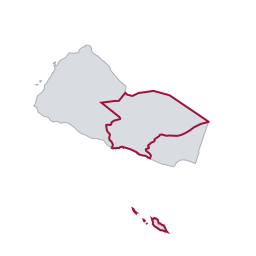 Yemen, with Hadramawt highlighted, rotated 42°
{"feature_id": "YEM-3497", "entity_name": "Hadramawt", "entity_type": "Governorate", "adm_level": 1, "iso_a3": "YEM", "parent_name": "Yemen", "parent_adm1": "", "projection": "orthographic", "projection_center": [51.058, 15.554], "detail": "medium", "context": "in_parent", "style": "outline", "palette": "rose", "viewbox_px": 256, "rotation_deg": 42, "n_neighbors": 0, "source": "natural_earth", "source_scale": "10m", "svg_char_len": 4527}
<svg xmlns="http://www.w3.org/2000/svg" viewBox="0 0 256 256"><g transform="rotate(42 128 128)"><path d="M201.9,109.3L193.7,112.4L191.6,113.7L189.6,115.4L188.1,117.5L187.1,121.2L187.9,124.5L187.8,126.3L185.7,127.5L183.7,128.4L181.5,129.7L180.2,130.0L179.1,131.1L177.8,131.8L173.1,133.7L168.1,135.2L160.0,136.9L156.9,138.8L154.1,140.1L149.8,140.4L143.9,142.2L140.6,143.6L136.5,146.0L135.6,146.7L134.8,148.4L133.6,149.9L131.1,152.3L129.2,153.6L128.0,153.6L125.6,154.3L122.8,154.4L118.0,153.4L116.8,154.0L115.8,155.0L112.1,156.6L108.3,159.9L105.5,160.7L101.1,161.7L98.0,163.0L95.9,163.6L93.2,163.8L88.3,163.5L83.6,163.9L79.2,164.8L77.1,166.5L74.8,169.3L70.9,170.4L70.0,171.4L68.8,173.4L66.3,173.9L64.1,174.2L61.8,173.2L57.5,175.6L55.8,176.0L53.4,176.0L51.6,176.4L50.4,176.3L48.8,175.2L45.5,173.9L43.1,174.6L43.0,172.2L39.2,164.8L40.2,158.4L40.2,157.5L39.5,154.7L37.2,152.0L37.4,148.7L36.7,146.3L36.2,143.9L36.4,143.3L36.4,142.7L35.4,138.9L35.0,138.1L34.9,137.3L35.3,136.8L35.3,136.1L34.7,134.9L34.1,132.7L30.9,130.9L31.7,129.3L32.3,129.9L33.1,130.4L33.3,129.4L33.3,128.6L32.2,123.7L34.4,117.4L34.0,111.5L37.1,109.3L37.9,108.6L38.4,108.0L39.2,106.7L40.1,106.4L40.5,105.0L40.5,104.3L39.9,103.7L39.5,102.0L39.8,100.0L40.0,99.1L40.4,97.6L41.4,97.0L41.7,96.6L40.9,95.5L41.0,94.9L42.9,93.4L43.6,92.9L44.8,92.4L45.7,92.4L46.7,92.8L47.7,93.3L48.5,94.1L49.5,95.1L50.9,95.6L51.9,95.5L52.7,96.0L53.4,95.7L54.2,95.3L55.5,95.3L56.6,94.8L59.9,94.7L63.0,94.9L66.2,94.6L69.5,94.7L72.7,94.8L73.4,94.9L74.1,95.2L76.8,96.8L78.9,97.1L83.1,97.6L87.6,98.2L91.5,98.6L94.8,98.4L97.5,98.1L98.3,98.2L99.1,99.1L100.7,101.4L102.2,103.6L104.9,103.8L106.7,103.0L108.6,101.9L109.8,101.0L111.3,97.6L112.2,95.3L114.2,92.8L116.0,90.7L118.3,88.0L119.5,86.4L122.0,83.4L124.3,82.2L128.9,80.0L133.3,77.7L136.2,76.3L138.6,75.6L142.7,75.1L147.5,74.5L152.3,73.8L157.4,73.1L163.1,72.3L167.0,71.7L172.0,71.0L176.2,70.4L179.8,69.9L183.6,69.4L184.4,71.1L185.1,72.8L185.8,74.5L186.5,76.2L187.3,77.9L188.0,79.6L188.7,81.3L189.4,83.0L190.2,84.7L190.9,86.3L191.6,88.0L192.4,89.7L193.1,91.4L193.8,93.1L194.6,94.8L195.3,96.5L196.0,98.2L197.2,98.7L197.9,100.3L198.9,102.6L199.9,104.8L200.9,107.0L201.9,109.3ZM213.8,177.6L214.9,177.8L216.4,177.2L220.9,177.0L226.3,178.9L225.3,179.4L224.7,180.1L222.3,180.7L220.0,182.2L213.1,183.0L211.1,182.7L209.5,181.3L206.4,179.5L207.6,178.3L207.9,177.7L208.3,177.2L210.0,176.3L211.7,176.4L213.8,177.6ZM32.3,152.5L32.0,152.8L31.7,152.7L30.8,151.8L31.9,150.8L32.5,151.8L32.3,152.5ZM29.9,129.6L29.4,130.0L29.2,129.3L29.6,127.8L30.2,127.4L30.5,128.6L30.2,129.2L29.9,129.6ZM31.6,157.0L30.5,157.5L31.3,156.2L32.1,155.9L32.3,156.0L31.6,157.0Z" fill="#d9dde1" stroke="#a8b0b8" stroke-width="1"/><path d="M183.6,69.4L183.8,69.6L179.4,76.2L176.6,83.2L175.6,88.3L174.1,93.2L172.1,97.7L170.0,100.8L163.4,106.2L162.2,107.7L160.8,108.6L157.3,110.3L156.3,111.7L156.6,113.1L155.3,118.6L156.1,119.4L156.4,120.4L155.7,122.2L155.2,123.0L154.9,124.5L155.0,125.7L154.6,127.1L155.0,128.1L156.7,128.5L156.9,129.0L156.8,129.7L155.6,131.3L155.6,131.9L156.0,132.5L157.0,132.9L161.0,132.5L163.0,132.9L163.7,133.5L164.6,135.9L162.3,136.6L160.5,136.7L158.9,137.4L157.2,138.7L156.3,139.0L154.3,140.2L153.7,140.1L152.0,140.6L151.8,140.1L150.4,140.3L144.4,142.0L138.6,144.7L137.9,145.1L137.8,145.7L136.7,145.4L135.2,147.0L134.8,148.3L134.8,148.9L132.9,150.2L132.3,151.6L131.4,152.0L130.4,153.3L129.3,153.7L128.4,151.2L127.8,150.4L126.3,149.7L124.9,149.3L122.5,149.2L121.3,148.6L120.5,147.8L119.1,145.2L118.3,144.8L115.4,144.4L114.1,144.0L109.9,140.6L109.8,140.2L110.2,139.7L112.9,137.4L113.1,137.0L113.1,136.5L112.1,135.1L112.1,134.2L112.8,131.7L116.1,126.7L115.9,126.2L114.4,125.6L91.3,127.0L99.6,117.3L103.0,114.0L102.5,103.7L105.2,103.7L109.6,101.4L110.1,100.7L112.3,95.1L122.2,83.3L136.1,76.3L137.6,75.8L183.6,69.4ZM225.6,179.0L226.4,178.8L226.8,178.9L225.4,179.4L225.2,180.0L224.5,180.3L221.9,181.0L221.5,181.5L220.2,182.4L218.6,182.4L218.0,182.8L217.3,182.6L213.4,183.3L210.7,182.8L209.6,181.4L206.3,179.3L207.2,179.2L207.6,179.0L207.8,178.3L207.7,177.3L208.9,177.1L209.4,176.4L209.8,176.3L212.0,176.5L213.8,177.9L215.2,178.2L215.7,177.4L217.9,177.4L219.7,176.4L220.6,177.0L221.0,176.8L221.4,177.2L222.1,177.3L225.6,179.0ZM187.8,185.2L189.8,185.5L191.0,185.3L190.7,185.7L191.0,186.1L188.5,186.0L188.2,185.6L187.5,185.7L187.2,185.3L186.4,185.3L185.6,184.7L186.5,184.6L187.8,185.2ZM201.3,185.6L202.6,185.8L202.6,186.3L202.1,186.4L200.9,185.8L201.3,185.6ZM205.3,186.5L206.0,186.4L206.4,186.6L205.6,186.6L205.3,186.5Z" fill="none" stroke="#9f1239" stroke-width="2"/></g></svg>